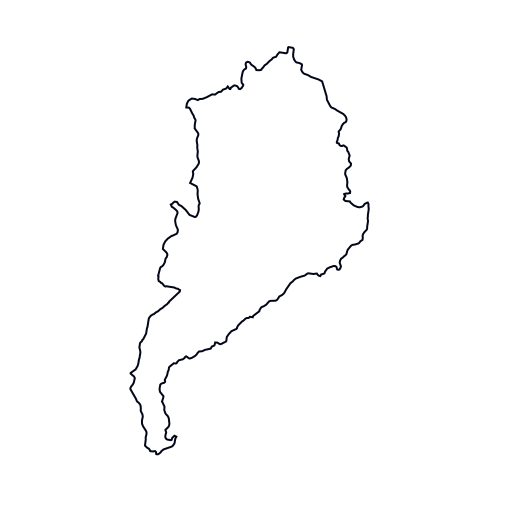 Montes de Oro, Puntarenas, Costa Rica, rotated 189°
{"feature_id": "36466004B99490544719136", "entity_name": "Montes de Oro", "entity_type": "district", "adm_level": 2, "iso_a3": "CRI", "parent_name": "Costa Rica", "parent_adm1": "Puntarenas", "projection": "robinson", "projection_center": [-84.712, 10.146], "detail": "fine", "context": "isolated", "style": "outline", "palette": "ink", "viewbox_px": 512, "rotation_deg": 189, "n_neighbors": 0, "source": "geoboundaries", "source_scale": "gbopen_adm2", "svg_char_len": 6105}
<svg xmlns="http://www.w3.org/2000/svg" viewBox="0 0 512 512"><g transform="rotate(189 256 256)"><path d="M306.4,65.1L308.5,65.7L310.3,63.2L310.6,61.2L311.2,60.8L314.6,60.8L315.8,61.1L316.5,61.8L317.3,63.0L317.4,65.3L317.1,67.7L318.3,70.0L315.6,73.8L315.3,75.4L315.3,76.8L316.8,82.2L318.1,84.1L320.2,85.7L321.0,86.6L322.5,89.5L322.8,92.8L325.5,96.9L326.1,97.4L325.4,101.7L325.5,103.1L329.4,106.6L330.1,108.2L330.5,110.0L330.4,114.0L329.7,114.9L328.4,115.8L326.9,116.4L326.2,117.3L326.1,117.9L326.7,119.1L326.7,119.5L325.2,124.0L324.9,128.4L324.4,129.6L324.5,132.3L323.9,133.3L320.4,137.2L318.4,137.3L317.8,137.6L317.4,138.3L317.3,138.9L315.8,141.0L312.2,142.5L310.7,144.0L310.0,145.4L309.3,146.0L306.0,144.4L305.3,144.4L303.5,145.3L300.5,147.8L299.2,149.5L298.6,151.0L297.3,152.8L294.3,153.5L291.7,155.3L286.3,157.4L285.5,159.6L283.4,160.9L283.0,161.5L282.8,164.2L280.6,164.4L278.6,163.5L277.4,163.3L275.6,164.3L275.3,164.7L272.5,166.6L272.0,167.5L272.2,171.3L270.7,174.6L268.5,177.9L264.0,180.9L263.6,181.5L263.3,183.4L262.6,184.9L259.6,189.1L258.3,190.2L256.4,192.7L255.8,193.1L253.6,193.7L252.9,194.3L252.6,195.0L249.6,195.0L249.4,196.4L244.1,201.9L244.1,203.0L243.2,205.3L242.4,206.5L240.6,207.5L238.3,209.5L236.0,213.2L234.5,214.0L230.1,214.8L228.9,215.4L228.2,216.1L226.6,219.7L224.0,221.7L222.7,223.3L222.0,224.7L221.1,227.5L217.7,234.6L215.9,236.4L214.7,238.3L213.1,240.0L208.7,242.5L204.8,244.3L202.9,246.3L201.7,247.1L196.5,247.2L193.2,248.2L192.1,247.1L191.0,246.4L189.4,246.2L188.8,247.9L186.1,249.2L185.6,249.7L185.4,251.3L183.7,254.7L181.6,256.2L177.7,258.3L176.0,258.4L174.9,257.9L173.7,255.4L172.2,255.3L171.4,255.8L170.7,257.4L170.5,259.1L172.3,262.4L172.2,264.7L171.5,266.7L169.9,268.2L169.0,269.5L167.6,270.9L166.9,272.4L166.8,274.5L166.3,276.7L163.7,281.1L162.4,282.1L160.1,282.8L157.0,284.3L156.2,285.0L155.2,286.9L153.4,288.5L153.3,290.3L153.8,292.4L153.8,294.0L152.8,296.3L150.7,299.4L150.5,300.1L150.8,302.4L150.8,308.0L151.7,310.9L151.7,312.8L151.9,313.6L152.0,320.0L152.9,323.5L152.9,324.6L153.8,326.2L154.5,326.2L157.0,324.2L157.7,322.5L158.6,321.5L161.2,320.3L163.6,320.3L167.4,321.3L170.3,323.1L171.3,323.8L171.8,324.6L176.3,324.3L178.2,325.5L178.0,327.5L177.2,328.6L177.1,329.3L178.5,330.5L178.6,331.1L176.5,331.9L175.3,332.0L173.0,332.9L173.0,334.3L173.6,335.4L174.5,336.0L176.6,338.3L177.1,340.0L177.3,343.3L178.5,347.2L180.6,350.5L180.9,351.6L180.8,354.8L179.8,356.3L178.0,358.0L176.7,359.8L176.5,360.7L176.6,362.1L178.8,364.0L179.6,366.3L179.2,369.8L181.2,373.3L182.4,374.3L182.8,376.1L183.6,377.4L186.6,378.9L187.1,378.9L188.1,378.1L189.6,378.0L191.0,378.8L191.7,380.1L193.6,380.3L193.9,380.5L194.0,381.6L193.6,383.0L193.6,385.5L193.1,387.0L193.1,390.1L193.8,391.4L193.8,392.0L192.3,394.2L191.6,398.0L190.9,399.6L189.8,401.3L188.5,402.1L187.9,403.2L187.9,405.1L188.7,407.0L190.0,408.5L192.2,410.0L198.7,412.4L200.9,413.5L205.0,414.6L206.3,415.9L210.4,421.4L211.3,424.9L218.0,438.8L221.7,440.1L229.8,441.5L232.9,442.8L236.8,443.5L237.8,444.0L239.2,445.2L240.5,447.0L240.4,451.7L240.7,452.5L243.4,453.4L246.1,453.5L247.1,453.9L249.1,456.0L250.5,458.8L250.9,461.5L251.0,466.1L251.8,467.1L252.7,467.4L256.6,467.4L256.9,467.0L256.9,462.1L257.6,461.1L258.3,460.9L264.7,460.9L266.3,458.4L267.3,456.0L270.1,454.5L270.6,453.9L271.3,452.5L272.8,451.1L275.6,447.2L277.3,445.7L278.6,443.1L279.7,441.7L279.8,440.9L280.2,440.5L281.8,440.0L284.7,439.7L286.0,441.7L287.2,442.6L290.7,444.3L292.2,446.0L293.7,446.5L294.7,446.5L295.9,445.6L296.2,445.1L296.2,443.5L295.2,441.1L295.2,439.7L296.8,438.3L297.8,436.4L298.0,434.2L298.2,429.0L297.3,425.0L296.7,424.2L295.5,423.4L295.3,422.5L296.4,419.8L297.5,418.6L297.9,418.3L299.1,418.4L300.0,419.7L301.3,420.8L302.7,421.1L304.0,421.1L304.6,420.8L307.1,418.3L307.5,416.9L307.9,416.8L308.2,416.8L310.4,419.0L311.6,416.8L314.7,415.1L316.3,412.7L318.6,412.1L321.8,409.0L324.6,408.8L329.4,405.2L333.2,402.9L336.3,402.2L337.8,400.9L341.2,401.6L344.2,401.4L347.0,398.9L348.1,395.7L348.1,391.8L345.4,392.0L344.3,391.2L341.3,386.9L339.5,384.8L338.8,383.2L337.1,381.0L336.9,380.4L337.0,376.0L336.5,372.4L332.5,368.4L332.0,367.4L331.9,366.3L332.6,363.3L332.7,360.8L331.2,356.2L331.0,353.9L329.8,350.0L329.6,346.0L329.2,344.3L327.4,341.1L327.0,340.0L327.0,338.6L327.2,337.8L328.7,334.3L331.5,330.1L331.6,329.4L330.8,327.3L330.9,323.6L332.5,317.8L325.5,315.5L324.2,312.9L323.8,311.7L323.4,307.8L322.1,303.5L320.0,299.5L319.9,298.7L320.5,297.3L320.5,296.3L319.8,293.1L319.8,290.7L320.6,286.8L321.7,285.2L322.5,284.9L328.1,286.2L332.5,290.4L337.7,293.8L339.2,294.1L340.3,294.6L342.5,297.0L344.7,297.0L345.9,296.0L346.8,294.5L348.2,293.5L346.8,291.4L345.2,290.8L342.0,288.8L340.8,287.8L340.3,286.7L340.3,285.4L340.6,284.4L341.4,280.3L341.4,278.1L340.0,274.0L337.4,270.0L337.2,269.2L337.2,267.0L337.9,265.5L341.9,262.8L342.3,262.8L345.9,259.3L347.9,256.3L349.1,252.7L349.1,248.4L344.9,245.4L344.0,244.1L343.7,243.3L344.0,240.9L344.9,239.3L345.1,235.4L345.9,233.1L346.8,231.4L348.4,230.1L348.8,228.9L349.6,221.2L349.3,221.1L349.3,220.4L349.0,220.1L349.0,218.1L348.1,216.0L346.5,215.4L345.6,214.6L344.5,214.4L341.9,212.1L340.8,211.7L339.7,212.1L331.8,212.1L329.6,211.4L327.8,211.4L326.3,210.4L325.7,210.4L325.7,209.0L334.8,197.2L334.8,196.4L335.6,195.8L336.1,194.7L338.7,192.1L340.2,190.1L342.1,188.6L344.1,186.1L346.1,184.6L347.8,182.6L348.8,182.1L350.7,180.4L352.1,177.7L352.1,168.9L352.4,167.6L352.4,162.2L354.2,156.7L354.6,155.8L355.1,155.5L355.3,154.2L356.8,152.2L356.9,151.6L356.9,147.5L355.4,143.9L355.1,142.6L355.1,136.5L355.4,135.9L355.4,131.2L355.8,128.6L357.2,125.1L361.5,120.9L361.4,120.2L357.6,117.9L356.6,116.4L356.9,111.8L357.7,109.5L358.7,107.9L359.3,106.3L359.3,104.9L352.4,96.4L350.8,93.8L348.9,92.7L347.4,91.4L346.6,90.1L345.8,86.9L345.8,85.5L345.1,84.2L343.4,81.9L342.7,79.6L342.9,75.6L342.3,72.4L340.9,70.1L337.4,66.2L336.6,64.9L336.3,62.7L336.6,59.6L336.2,57.7L336.0,51.4L333.7,49.7L331.7,48.9L330.7,48.0L329.9,46.7L327.4,46.8L325.2,47.5L324.1,46.7L323.6,44.8L322.7,44.6L321.7,44.9L320.5,45.9L319.3,47.4L318.9,48.5L316.9,50.6L309.7,54.4L308.6,55.3L307.2,58.2L307.1,63.0L306.4,65.1Z" fill="none" stroke="#020617" stroke-width="2"/></g></svg>